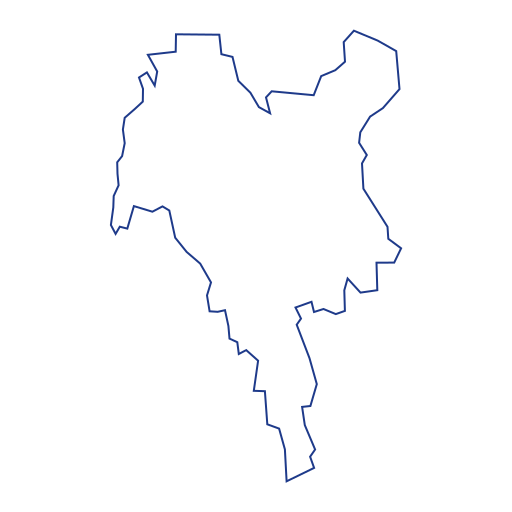 map outline of Kiev City (Mercator projection)
{"feature_id": "UKR-4826", "entity_name": "Kiev City", "entity_type": "Municipality", "adm_level": 1, "iso_a3": "UKR", "parent_name": "Ukraine", "parent_adm1": "", "projection": "mercator", "projection_center": [30.516, 50.341], "detail": "fine", "context": "isolated", "style": "outline", "palette": "blue", "viewbox_px": 512, "rotation_deg": 0, "n_neighbors": 0, "source": "natural_earth", "source_scale": "10m", "svg_char_len": 1278}
<svg xmlns="http://www.w3.org/2000/svg" viewBox="0 0 512 512"><path d="M353.9,30.7L377.7,40.6L396.2,51.1L399.5,89.1L382.9,108.1L370.1,116.6L360.3,132.3L359.1,142.8L366.8,155.0L362.0,163.4L363.4,188.7L387.5,226.8L388.3,238.8L401.1,248.3L394.2,262.6L376.5,262.7L377.3,290.2L360.5,292.6L347.6,278.5L344.3,290.3L344.9,310.9L335.8,314.1L323.5,309.0L314.0,312.0L311.5,301.8L295.5,307.5L301.0,318.6L296.7,324.7L309.5,358.2L316.8,384.1L310.4,406.0L302.1,406.9L304.8,425.1L315.1,449.5L310.1,456.7L314.1,467.9L286.6,481.3L284.9,449.4L279.1,428.6L267.3,424.3L264.9,391.2L253.8,390.8L258.1,360.7L246.2,350.1L238.8,354.0L237.3,342.2L229.5,338.6L228.4,326.0L225.0,310.2L217.7,311.8L209.6,311.3L207.0,295.4L211.0,282.4L200.2,263.6L186.6,251.9L175.2,237.7L169.3,210.5L162.5,206.4L152.4,211.7L133.9,206.1L127.3,228.6L119.8,226.7L115.6,233.9L110.9,225.0L113.3,207.5L113.7,196.0L118.6,185.3L117.5,173.8L117.2,162.3L122.1,156.1L124.7,143.2L122.9,129.5L124.7,117.8L134.8,109.0L142.8,101.6L143.0,88.8L139.0,77.5L146.9,72.4L154.7,85.6L157.2,71.5L147.9,54.8L175.7,51.7L176.0,34.3L219.3,34.7L221.4,54.2L232.5,56.9L238.3,80.8L250.4,92.7L258.9,107.1L270.1,113.3L266.0,97.4L271.7,91.3L313.7,95.2L321.2,76.1L335.3,70.2L345.0,61.7L343.7,42.1L353.9,30.7Z" fill="none" stroke="#1e3a8a" stroke-width="2"/></svg>